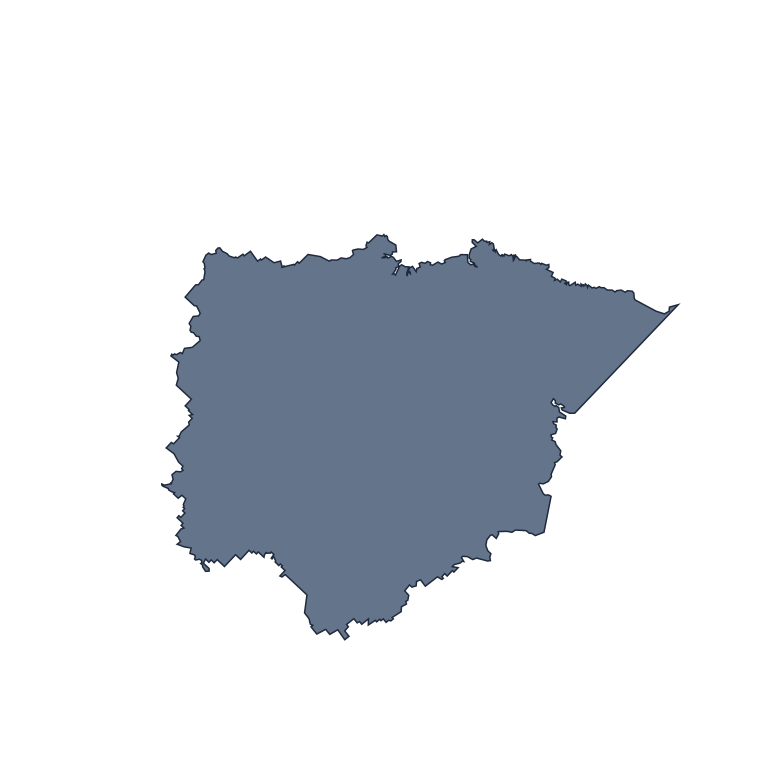 outline of Murrindindi, Victoria, Australia, rotated 313°
{"feature_id": "25037944B67422185849488", "entity_name": "Murrindindi", "entity_type": "district", "adm_level": 2, "iso_a3": "AUS", "parent_name": "Australia", "parent_adm1": "Victoria", "projection": "mercator", "projection_center": [145.689, -37.281], "detail": "fine", "context": "isolated", "style": "filled", "palette": "slate", "viewbox_px": 768, "rotation_deg": 313, "n_neighbors": 0, "source": "geoboundaries", "source_scale": "gbopen_adm2", "svg_char_len": 6171}
<svg xmlns="http://www.w3.org/2000/svg" viewBox="0 0 768 768"><g transform="rotate(313 384 384)"><path d="M371.6,171.0L370.1,169.8L366.9,169.9L365.2,172.1L360.9,169.4L360.2,166.5L356.8,165.9L349.9,168.2L349.7,170.2L346.8,173.9L345.6,173.8L344.2,176.4L337.4,181.0L335.8,180.0L330.1,180.6L328.0,178.6L311.9,179.3L311.9,191.9L313.3,193.6L310.4,201.3L307.4,202.0L303.3,198.4L295.4,200.2L294.5,203.4L291.0,205.5L290.4,207.7L291.7,209.8L290.9,214.0L292.6,216.5L290.4,219.9L280.1,218.8L274.0,213.8L268.7,215.8L268.2,213.6L263.7,212.1L263.2,210.3L261.2,210.0L261.1,208.5L259.2,209.0L260.1,219.0L250.8,224.6L247.9,229.6L241.5,232.9L241.5,253.5L232.4,253.5L232.4,259.1L231.2,259.1L231.1,264.8L228.2,262.9L228.1,267.1L222.9,267.1L221.3,269.5L210.6,268.4L206.2,269.8L205.1,268.8L205.3,271.0L196.8,270.9L196.2,268.3L188.7,268.3L189.8,278.0L186.8,287.0L186.8,293.0L184.0,293.7L183.9,295.9L181.0,295.1L178.3,291.5L173.0,290.8L170.5,294.7L166.4,296.1L165.9,294.9L165.9,296.4L160.1,292.3L159.4,289.7L158.5,290.5L158.6,292.4L160.5,297.6L159.7,298.6L160.3,302.1L161.8,304.9L160.1,304.9L160.1,311.4L164.8,312.1L164.8,317.4L159.0,319.4L158.1,321.2L156.9,321.2L156.9,323.2L153.9,323.2L153.9,326.4L147.9,326.4L147.8,323.8L145.1,323.9L145.1,331.9L142.2,332.0L142.2,335.9L139.6,334.4L131.3,335.1L131.9,337.2L129.9,342.7L125.7,342.0L128.6,348.9L132.5,354.8L127.7,357.6L129.7,361.9L129.2,363.6L126.8,364.8L126.8,366.2L130.0,368.6L130.5,370.9L129.2,372.5L127.7,372.4L128.1,374.4L126.6,376.0L125.3,381.3L127.9,383.7L129.8,381.9L129.8,374.1L134.3,372.9L134.2,377.6L137.5,377.6L137.4,381.7L141.8,381.8L141.7,391.8L157.9,391.9L157.9,398.8L170.3,398.7L170.3,402.6L172.7,402.6L172.7,406.6L175.4,406.6L175.4,414.4L177.5,413.1L179.7,412.7L181.1,412.8L179.6,412.9L182.9,416.3L184.2,416.1L184.2,419.7L179.7,420.3L179.7,421.4L182.5,420.9L180.9,425.2L179.6,425.7L179.5,430.9L181.6,430.9L181.6,433.6L180.1,433.6L180.1,438.8L172.6,438.8L173.3,441.0L177.3,441.8L177.2,471.5L162.4,482.0L161.2,489.3L158.1,493.9L158.9,496.5L156.6,496.2L155.3,505.4L164.8,508.7L163.9,515.1L172.7,517.8L170.2,529.7L175.6,530.5L176.6,523.7L182.2,523.5L182.6,520.6L191.8,522.0L191.0,527.3L193.6,528.2L193.1,531.6L201.6,532.8L197.0,536.9L205.3,538.9L205.0,540.8L209.0,541.4L208.8,543.2L211.7,543.7L211.1,548.1L214.2,548.5L215.5,550.6L218.6,551.0L218.8,549.2L229.2,551.8L233.0,548.7L238.4,550.5L239.9,548.2L242.1,548.9L246.3,546.2L246.9,540.2L254.4,539.7L254.5,543.0L258.3,545.2L261.7,542.5L265.7,544.2L264.3,552.1L279.4,554.6L280.5,559.6L282.3,559.9L282.7,557.7L286.7,557.7L286.6,561.2L294.1,561.3L294.1,563.4L300.2,563.5L297.0,558.5L299.8,558.5L305.2,561.9L307.5,562.0L308.6,563.5L309.9,559.0L311.7,559.1L314.7,562.8L316.1,568.6L319.8,570.4L325.2,580.5L327.4,582.3L329.4,579.6L332.8,577.9L332.8,573.8L335.2,568.8L340.1,565.5L346.3,565.0L347.5,566.3L347.6,571.4L352.6,570.1L353.9,568.2L360.1,574.4L362.8,578.7L366.9,579.8L373.7,588.0L373.9,592.1L375.5,593.9L376.3,598.0L384.7,602.1L415.8,582.8L415.1,580.0L412.6,577.6L412.4,575.2L416.2,565.3L417.4,565.4L419.7,568.7L424.9,570.6L430.3,569.8L432.2,567.7L441.7,564.3L442.8,562.4L445.2,563.6L452.1,563.9L452.0,561.2L455.7,558.8L457.0,551.0L458.6,548.4L457.5,544.9L459.7,544.0L459.4,542.5L460.8,540.8L464.9,543.2L469.2,541.3L469.5,539.4L471.4,538.0L470.7,535.1L471.7,533.3L474.3,536.4L476.9,533.8L479.1,534.4L482.3,540.4L484.5,538.8L483.2,531.4L486.0,527.9L485.5,524.5L484.3,524.5L483.8,521.9L484.3,518.9L488.7,517.9L488.7,520.7L486.8,522.3L487.9,526.0L490.0,526.9L490.6,531.2L489.9,532.0L487.4,530.0L486.5,532.0L489.3,539.9L492.8,543.4L642.7,545.1L634.9,540.3L631.6,542.9L626.5,541.2L622.8,533.3L616.8,510.6L617.3,508.6L620.8,504.8L621.2,502.3L618.2,498.4L615.6,497.9L614.5,493.5L611.0,490.5L608.9,490.3L608.2,486.7L605.0,483.2L604.5,479.2L602.5,477.1L602.0,475.1L598.4,473.7L598.1,471.8L596.2,470.7L595.7,466.1L593.5,466.9L594.5,465.4L594.5,463.0L592.9,463.7L592.5,462.0L591.4,462.7L591.5,459.9L589.9,461.4L589.2,457.6L587.0,456.9L588.8,454.4L582.8,452.9L582.5,451.6L584.5,449.6L583.5,448.7L581.1,449.7L580.9,447.6L582.3,448.3L583.6,446.8L581.9,442.5L578.9,443.4L578.8,439.2L576.1,438.1L578.0,437.1L577.0,433.0L580.9,431.6L578.7,424.7L581.7,425.2L583.8,423.0L581.7,421.8L579.7,416.9L578.6,417.2L578.3,414.9L574.5,411.6L573.8,407.3L575.0,406.2L571.7,403.5L570.8,404.6L571.2,403.1L567.3,398.6L567.8,393.8L566.8,393.4L568.0,392.1L567.1,391.5L566.3,392.8L566.2,391.8L564.0,394.2L562.6,394.4L565.9,390.6L565.1,390.1L565.5,388.9L563.2,388.2L561.3,383.7L559.7,384.4L559.5,383.0L558.5,383.6L558.7,382.1L557.2,382.1L556.9,379.4L558.6,374.6L556.7,375.2L557.5,373.8L556.0,373.3L556.2,372.2L557.9,372.6L561.0,368.5L560.9,366.5L557.9,365.9L560.2,364.3L557.7,362.7L558.5,361.7L556.9,360.2L557.0,357.2L551.2,356.3L550.9,351.5L549.7,350.2L547.7,352.0L547.6,357.6L542.2,355.6L536.4,358.3L534.2,360.6L534.1,362.7L532.5,363.5L534.0,367.4L532.8,370.1L533.4,372.7L532.1,370.5L532.5,367.4L530.4,366.3L530.1,362.4L535.4,356.8L530.9,351.8L528.5,351.6L522.8,347.0L517.0,344.1L515.4,343.9L514.6,345.9L511.0,344.3L510.0,340.3L504.0,338.5L502.8,336.5L504.4,335.4L503.2,332.2L500.4,331.8L498.5,328.4L496.0,327.5L494.3,330.7L490.9,329.3L488.1,330.9L489.5,324.7L486.7,323.5L483.6,324.4L483.6,327.0L482.7,328.0L482.7,325.0L478.5,327.3L480.4,325.2L486.6,322.3L484.2,319.5L483.3,315.7L481.1,315.0L471.5,318.1L471.5,316.3L470.3,315.4L475.8,314.6L476.9,313.4L479.6,314.4L481.9,312.4L485.0,312.9L486.4,311.9L482.2,309.4L483.0,304.5L482.4,302.5L478.7,300.8L479.2,299.1L477.4,298.8L474.6,296.2L478.6,298.0L479.7,296.5L479.0,294.6L482.3,300.9L484.6,301.5L486.3,300.2L489.2,303.0L493.7,297.9L492.0,290.4L492.2,288.3L494.1,285.9L494.0,284.3L492.4,284.2L493.2,282.0L491.2,282.0L488.2,277.1L476.7,276.5L476.2,274.9L472.8,276.5L472.3,278.4L468.3,277.1L465.0,272.9L461.0,270.1L460.0,270.0L457.9,273.4L453.1,272.9L449.8,270.9L446.9,266.6L442.7,265.3L438.7,260.8L436.5,260.1L433.8,250.6L426.9,240.1L414.5,239.6L414.5,237.4L409.9,237.4L409.9,236.4L400.2,230.1L401.4,230.0L400.3,229.3L403.4,224.5L397.7,220.9L396.1,210.8L391.0,209.8L391.3,208.5L387.6,207.7L390.0,195.8L382.3,194.3L382.7,192.3L376.4,190.9L375.5,188.7L374.4,188.7L372.0,183.5L372.3,180.3L370.9,175.4L371.6,171.0Z" fill="#64748b" stroke="#1e293b" stroke-width="1.5"/></g></svg>